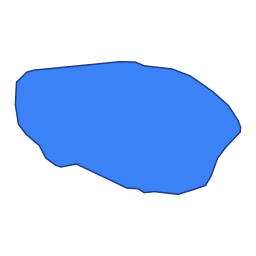 outline of Onou, Federated States of Micronesia
{"feature_id": "79324940B32817940895565", "entity_name": "Onou", "entity_type": "district", "adm_level": 2, "iso_a3": "FSM", "parent_name": "Federated States of Micronesia", "parent_adm1": "", "projection": "robinson", "projection_center": [150.292, 8.798], "detail": "fine", "context": "isolated", "style": "filled", "palette": "blue", "viewbox_px": 256, "rotation_deg": 0, "n_neighbors": 0, "source": "geoboundaries", "source_scale": "gbopen_adm2", "svg_char_len": 504}
<svg xmlns="http://www.w3.org/2000/svg" viewBox="0 0 256 256"><path d="M16.5,82.2L15.4,104.7L18.5,124.3L26.1,134.3L39.3,145.6L45.8,158.0L55.5,165.1L61.0,167.0L76.3,164.0L126.8,188.0L138.2,188.8L144.1,192.6L154.3,191.6L178.0,194.3L192.8,189.8L205.5,185.4L210.9,176.3L217.6,158.1L226.0,147.0L240.2,132.0L240.6,127.2L238.1,120.6L228.6,105.8L213.3,92.1L190.4,76.0L172.1,69.0L144.2,65.8L135.3,62.1L120.0,61.7L87.5,64.9L34.2,70.1L27.0,72.1L16.5,82.2Z" fill="#3b82f6" stroke="#1e3a8a" stroke-width="1.5"/></svg>